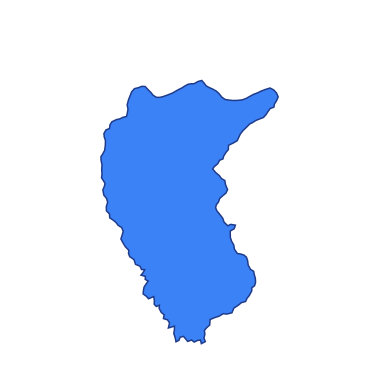 Santa Rosa da Serra, Minas Gerais, Brazil, rotated 126°
{"feature_id": "56859067B87351492143193", "entity_name": "Santa Rosa da Serra", "entity_type": "district", "adm_level": 2, "iso_a3": "BRA", "parent_name": "Brazil", "parent_adm1": "Minas Gerais", "projection": "albers", "projection_center": [-46.003, -19.557], "detail": "fine", "context": "isolated", "style": "filled", "palette": "blue", "viewbox_px": 384, "rotation_deg": 126, "n_neighbors": 0, "source": "geoboundaries", "source_scale": "gbopen_adm2", "svg_char_len": 2753}
<svg xmlns="http://www.w3.org/2000/svg" viewBox="0 0 384 384"><g transform="rotate(126 192 192)"><path d="M134.2,291.9L136.0,294.7L139.0,296.6L142.2,299.3L146.5,299.7L149.9,298.8L154.6,297.6L159.6,295.7L162.6,292.5L166.2,290.7L169.4,289.4L172.5,292.0L175.3,293.4L177.7,295.6L182.3,298.1L186.0,297.8L189.1,296.1L192.4,298.1L196.5,297.6L199.1,295.3L201.2,292.3L205.3,289.5L209.8,287.1L213.8,286.6L217.0,286.4L219.5,284.5L222.9,280.8L227.1,278.1L230.3,275.4L233.7,273.5L234.9,270.3L236.2,267.4L239.0,266.2L242.6,265.4L246.3,261.6L247.4,257.4L249.9,254.2L254.1,252.8L257.6,250.1L258.2,246.0L261.3,243.3L261.1,239.7L261.3,235.8L262.4,232.0L262.1,228.0L264.3,224.5L268.2,223.1L271.8,221.9L273.9,217.5L275.5,213.6L276.3,208.9L279.1,207.2L280.9,204.4L280.8,199.2L283.7,195.2L282.6,190.4L284.4,187.3L282.6,184.6L285.9,184.2L289.2,184.4L287.7,180.1L290.2,178.5L289.8,175.1L293.1,175.1L297.1,174.9L300.6,173.2L303.2,171.6L303.2,167.6L303.9,164.4L299.1,161.5L301.8,158.8L305.0,156.6L305.6,153.6L302.8,151.8L305.5,150.1L307.5,146.1L307.7,142.4L311.2,140.7L309.8,136.6L311.2,133.2L315.9,131.2L313.3,129.2L310.8,127.4L313.4,125.5L317.1,123.6L319.9,119.8L322.6,116.9L319.7,115.4L316.4,116.2L313.8,114.0L315.4,107.6L312.0,105.4L312.1,102.0L309.0,100.4L306.8,98.1L309.2,95.3L305.2,93.3L303.1,96.5L299.6,97.9L296.7,100.6L293.5,100.4L289.2,99.5L284.5,102.4L280.4,99.9L276.7,97.2L272.1,95.2L270.3,92.1L266.3,88.7L261.3,89.9L256.7,88.1L252.5,87.0L249.1,84.3L245.6,85.0L242.3,84.8L236.9,85.5L234.5,87.3L231.0,86.3L227.7,87.5L224.5,90.1L222.1,93.2L219.9,95.5L220.2,99.2L218.1,103.6L214.8,106.7L212.7,109.7L212.5,113.0L213.5,116.0L215.1,119.2L213.3,124.1L210.3,127.1L208.5,131.1L206.3,134.2L203.8,136.1L201.2,138.1L196.9,136.3L193.3,137.4L195.4,141.6L198.3,143.2L197.5,148.4L195.1,151.8L193.8,156.3L192.6,160.9L190.8,163.7L188.0,164.8L184.4,164.7L181.0,165.8L177.2,165.0L173.0,163.9L169.2,164.6L166.3,169.3L163.4,172.2L163.8,176.0L162.7,179.5L162.3,184.4L161.2,188.9L158.0,188.8L154.2,187.8L150.0,188.3L147.1,186.4L144.2,187.5L139.8,187.8L136.4,187.5L132.7,189.9L127.9,187.3L123.9,185.6L120.3,186.3L116.6,187.0L112.1,186.8L107.8,186.0L103.1,185.3L100.2,183.8L96.6,182.4L92.3,179.7L89.7,178.0L86.0,177.6L82.7,177.8L78.5,177.8L75.2,175.6L72.4,177.0L68.7,177.2L64.4,178.2L62.2,181.9L61.4,185.9L62.0,190.0L65.9,192.9L69.9,195.5L73.2,197.2L77.0,199.7L81.2,201.7L84.7,203.3L88.0,205.6L91.4,209.3L94.1,213.0L95.9,216.1L97.7,219.7L97.7,223.8L96.4,228.4L96.1,231.8L96.6,235.8L97.4,239.6L97.8,243.0L96.8,246.2L96.0,249.6L98.9,252.0L103.2,254.0L105.1,256.5L107.3,258.6L110.7,260.2L113.7,261.3L116.6,262.9L119.9,264.4L123.3,265.9L127.6,268.6L131.3,271.1L134.2,273.5L136.3,276.4L136.6,280.3L135.6,284.0L135.0,287.8L134.2,291.9Z" fill="#3b82f6" stroke="#1e3a8a" stroke-width="1.5"/></g></svg>